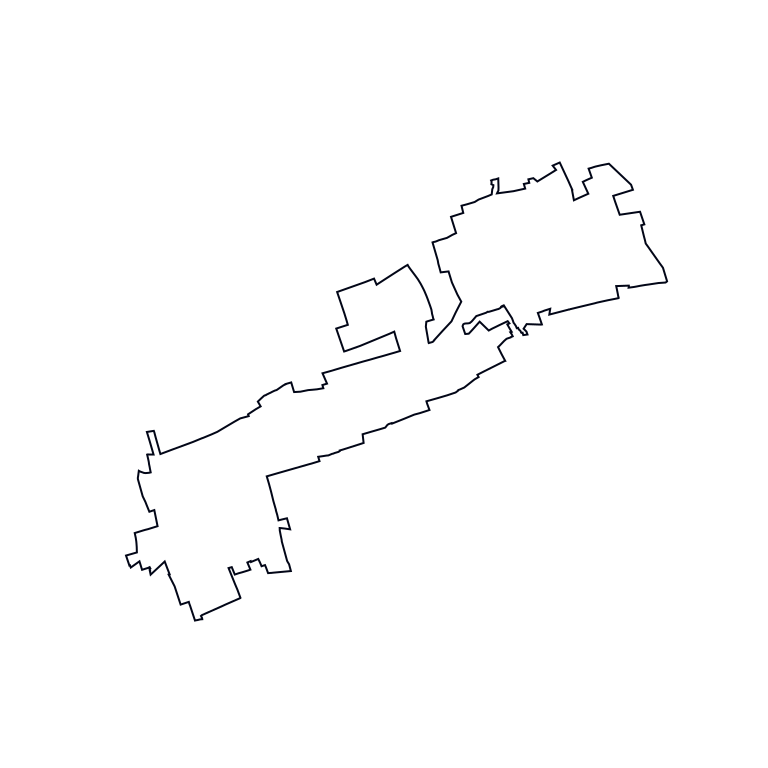 Dzilam González, Yucatán, Mexico, rotated 337°
{"feature_id": "50627088B25525768162846", "entity_name": "Dzilam González", "entity_type": "district", "adm_level": 2, "iso_a3": "MEX", "parent_name": "Mexico", "parent_adm1": "Yucatán", "projection": "natural_earth1", "projection_center": [-88.758, 21.324], "detail": "fine", "context": "isolated", "style": "outline", "palette": "ink", "viewbox_px": 768, "rotation_deg": 337, "n_neighbors": 0, "source": "geoboundaries", "source_scale": "gbopen_adm2", "svg_char_len": 6146}
<svg xmlns="http://www.w3.org/2000/svg" viewBox="0 0 768 768"><g transform="rotate(337 384 384)"><path d="M624.6,248.9L626.0,254.2L618.3,255.4L604.3,257.5L602.0,253.1L601.9,252.9L596.9,252.0L596.3,255.6L590.9,254.5L590.3,259.3L578.5,257.1L562.5,252.7L563.8,251.5L564.9,250.7L566.1,248.1L569.5,239.4L566.8,239.2L564.3,238.6L562.1,238.5L562.1,239.8L560.9,242.1L562.4,243.7L561.4,245.5L559.8,247.0L557.2,251.6L553.2,251.6L543.1,251.2L538.6,251.9L530.6,251.0L525.0,250.2L523.8,257.5L511.0,256.3L509.3,273.3L505.3,273.4L500.9,273.9L499.0,274.1L493.3,273.4L490.8,273.1L489.6,273.1L488.1,273.1L486.7,273.0L485.3,272.7L484.0,272.6L481.8,291.1L481.0,294.5L480.5,298.5L479.8,303.4L487.4,305.6L486.2,317.0L486.5,330.3L487.3,338.4L482.1,342.7L477.8,346.3L470.6,352.7L458.9,357.9L447.2,363.3L447.2,363.5L445.5,364.2L445.2,364.3L441.2,363.8L441.2,363.4L443.0,355.8L444.9,347.6L447.3,343.2L448.9,343.3L454.9,344.0L455.0,342.2L455.3,340.9L455.4,340.0L455.7,337.9L456.0,337.0L456.7,334.0L457.0,330.1L457.2,326.3L457.4,322.6L457.5,319.3L457.5,314.4L457.4,312.2L457.2,309.4L456.9,306.0L456.5,303.3L456.1,300.7L455.2,296.8L453.1,288.3L452.6,286.0L452.4,284.9L452.3,283.6L449.1,284.0L436.0,286.2L426.8,287.8L416.0,289.7L416.0,283.1L406.3,282.8L376.8,281.0L376.2,289.3L375.1,303.6L374.4,310.5L373.8,315.4L361.7,314.3L360.0,338.5L362.1,338.7L376.9,339.6L408.7,339.9L413.9,339.8L413.0,346.5L411.7,359.9L405.5,359.2L400.7,358.6L396.4,358.1L392.4,357.6L388.8,357.1L380.4,356.1L373.9,355.2L364.7,354.1L351.6,352.5L339.9,351.2L331.6,350.1L331.7,361.4L326.9,360.9L326.5,364.2L320.2,362.7L316.7,361.6L311.8,360.0L304.0,358.4L298.1,356.3L299.2,346.3L293.5,345.6L293.5,345.8L291.0,345.9L284.3,347.3L282.8,347.6L280.9,347.4L278.2,347.5L275.9,347.7L274.6,347.7L273.6,347.8L273.3,347.8L271.3,347.9L271.0,348.1L270.6,348.1L269.6,347.9L269.4,347.9L268.6,348.1L265.2,349.3L261.0,350.9L261.7,356.4L256.2,357.1L247.0,358.8L246.9,360.7L238.2,359.5L231.9,360.2L223.7,361.3L220.7,361.7L212.6,362.8L212.1,362.9L205.7,363.0L195.8,362.9L195.6,362.8L194.9,362.8L185.5,362.7L162.6,361.6L160.1,361.5L150.8,361.1L151.3,356.8L153.0,343.5L153.7,338.8L153.8,337.2L147.0,335.5L146.0,344.8L144.9,354.0L144.3,358.9L138.6,356.4L138.4,356.4L137.8,359.8L137.2,363.0L136.9,364.3L136.4,366.0L136.3,366.6L135.8,369.1L135.5,370.3L135.4,370.8L134.7,374.2L133.4,374.0L132.3,373.7L129.6,372.8L129.1,372.5L128.1,371.9L127.6,371.4L127.2,371.0L126.7,370.6L126.1,370.0L125.6,369.6L124.4,368.1L121.7,372.7L120.8,374.1L120.3,375.3L118.0,393.1L118.3,399.4L118.2,402.8L118.1,409.9L123.3,410.3L120.0,426.4L110.0,425.4L107.5,425.0L105.1,424.7L96.3,423.8L95.4,428.5L94.5,432.0L94.0,433.6L92.7,437.4L90.7,442.5L79.5,441.1L78.7,451.6L79.3,451.6L79.2,454.0L89.6,451.7L88.7,460.5L92.1,460.8L94.9,461.1L96.7,461.0L96.8,462.5L96.0,462.5L95.8,464.3L95.5,464.2L94.7,468.3L109.6,462.9L112.8,461.7L112.5,468.9L112.3,475.5L111.3,475.3L112.2,488.5L110.6,507.6L119.2,508.3L118.9,510.7L118.9,512.0L118.3,519.2L117.6,527.9L118.5,528.0L119.5,528.3L121.1,528.6L122.1,528.7L123.0,528.9L124.8,529.5L125.1,528.3L124.9,526.0L126.2,525.6L149.0,525.2L151.5,525.1L168.2,524.9L168.3,524.8L168.7,516.1L168.7,509.9L169.0,492.7L172.3,493.1L172.2,501.1L176.2,501.4L179.9,501.9L185.7,502.5L188.5,502.7L188.5,494.9L189.6,494.9L192.1,494.9L192.0,495.9L199.9,495.9L200.1,499.7L200.1,503.9L203.7,504.2L203.7,506.7L203.4,512.8L205.2,513.4L206.6,513.9L208.3,514.4L217.7,517.4L225.2,519.8L226.2,512.8L225.8,510.2L225.7,508.9L228.4,489.0L228.9,487.4L229.7,483.3L230.8,478.2L231.7,475.8L232.5,476.2L236.4,478.4L240.8,481.1L242.2,469.7L239.9,469.3L236.9,468.8L233.6,468.3L234.6,462.6L235.1,458.1L235.3,457.8L236.4,448.8L238.0,438.9L239.1,431.0L240.0,423.2L250.8,424.5L284.0,428.6L286.0,428.9L294.5,429.8L295.0,425.3L300.2,426.7L301.1,426.9L302.7,427.3L303.4,427.5L304.9,428.0L308.8,428.0L310.5,428.3L311.2,428.2L315.6,428.7L317.2,428.4L317.3,427.9L320.6,428.3L342.2,430.3L344.7,421.9L351.4,422.7L351.6,422.7L362.3,424.0L367.8,424.6L368.2,424.6L370.9,423.1L372.4,422.7L373.7,422.8L375.9,423.0L375.9,423.6L389.4,423.9L399.9,424.0L405.5,424.8L411.1,425.3L415.7,425.7L416.0,419.2L416.3,416.5L427.3,417.9L437.7,419.1L446.6,419.8L449.5,419.1L450.0,418.6L451.6,418.7L456.5,418.6L460.2,417.6L467.8,415.5L469.5,415.1L473.8,414.6L473.6,412.0L482.0,411.4L493.2,410.7L504.1,410.0L504.6,410.1L503.9,402.5L503.4,394.6L505.6,393.8L511.4,391.3L514.4,390.3L515.3,390.3L518.8,390.6L519.0,390.4L521.1,390.4L521.0,388.2L520.5,385.7L521.9,385.9L521.3,381.8L520.8,377.3L523.1,377.2L522.4,374.5L513.0,374.9L509.5,375.1L505.3,375.3L501.3,375.7L496.4,364.0L488.6,367.7L486.0,368.9L483.8,369.9L481.7,370.8L481.3,370.7L478.3,369.7L478.9,361.5L479.7,360.6L480.4,360.0L481.4,359.9L482.2,360.0L483.4,360.4L483.9,360.6L484.7,360.9L486.1,361.3L486.9,361.4L487.5,361.1L488.6,360.9L489.3,360.6L490.6,360.0L495.6,357.5L496.1,357.6L500.2,357.9L505.8,358.3L507.7,358.0L508.5,358.5L511.9,358.9L517.6,359.5L518.7,359.7L520.8,359.5L522.2,358.9L522.8,359.0L522.5,358.5L522.9,358.4L525.0,358.4L527.5,373.4L527.4,376.4L527.2,378.2L527.6,379.6L528.1,382.4L528.0,384.2L528.1,384.6L528.8,384.6L529.4,384.7L529.4,386.5L530.2,388.1L530.4,389.1L530.3,390.1L530.5,390.6L531.6,390.9L531.3,393.4L535.4,394.5L535.6,391.4L534.1,387.7L538.7,384.6L550.7,390.2L551.8,390.7L552.6,390.9L553.1,383.8L553.4,378.7L558.1,379.1L560.2,379.1L566.4,379.7L563.3,384.7L582.8,387.6L583.3,387.6L583.5,387.8L584.7,387.9L585.0,387.9L585.3,388.0L593.8,389.4L609.9,392.1L611.7,392.3L615.5,393.0L622.9,394.4L630.0,395.9L633.5,396.6L633.7,396.3L633.8,396.0L633.9,394.7L634.4,392.5L635.4,387.7L636.0,384.6L647.8,389.1L647.6,389.7L646.8,390.9L651.8,392.3L654.4,392.9L658.2,393.7L663.1,394.9L666.4,395.8L676.1,398.3L682.8,400.6L683.8,400.4L684.7,400.1L686.2,386.1L685.9,384.6L685.0,380.8L681.9,366.5L680.7,360.8L679.8,357.0L680.4,353.6L681.0,349.4L682.8,338.4L686.0,338.8L687.0,325.5L667.1,320.3L668.0,306.3L668.5,300.4L689.0,302.5L689.3,297.1L677.1,269.1L669.4,267.5L663.8,266.5L662.1,266.3L659.4,266.1L656.5,265.7L656.3,268.9L655.9,275.3L650.1,275.4L646.0,275.6L646.4,288.7L635.9,288.9L630.6,289.1L632.9,278.7L633.2,278.7L633.1,274.7L633.0,268.7L632.8,263.2L632.3,248.8L624.6,248.9Z" fill="none" stroke="#020617" stroke-width="2"/></g></svg>